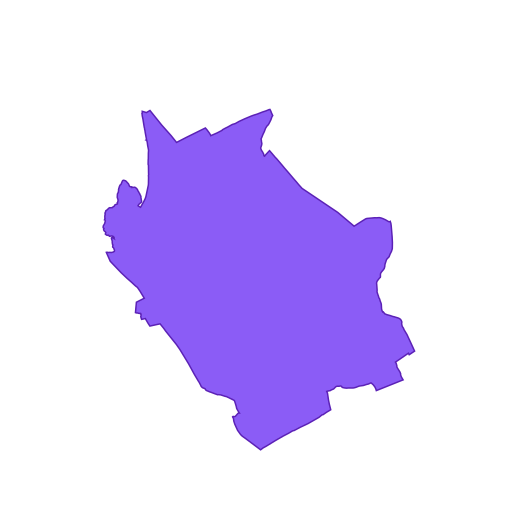 Romani, Neamt, Romania, rotated 328°
{"feature_id": "2599482B46958665010452", "entity_name": "Romani", "entity_type": "district", "adm_level": 2, "iso_a3": "ROU", "parent_name": "Romania", "parent_adm1": "Neamt", "projection": "natural_earth1", "projection_center": [26.711, 46.815], "detail": "fine", "context": "isolated", "style": "filled", "palette": "violet", "viewbox_px": 512, "rotation_deg": 328, "n_neighbors": 0, "source": "geoboundaries", "source_scale": "gbopen_adm2", "svg_char_len": 6114}
<svg xmlns="http://www.w3.org/2000/svg" viewBox="0 0 512 512"><g transform="rotate(328 256 256)"><path d="M340.1,420.7L341.5,409.9L342.0,405.7L342.4,402.7L342.5,396.7L342.5,396.4L342.7,396.0L342.8,395.3L342.7,393.9L342.8,393.1L343.0,392.2L343.7,390.5L344.4,389.7L344.6,389.4L344.8,389.0L345.0,387.8L345.0,386.3L344.7,385.6L344.1,384.4L343.4,383.5L342.3,382.3L341.2,381.0L339.9,379.7L338.4,377.8L335.9,375.1L334.6,373.3L334.3,370.8L333.8,370.7L333.9,369.2L334.4,367.5L336.6,363.5L337.0,362.4L337.6,359.4L338.0,358.2L338.1,357.6L338.1,356.3L338.6,354.9L338.8,353.8L339.5,350.9L339.9,350.1L340.6,349.2L342.3,346.0L343.3,344.1L343.8,343.0L344.6,342.1L345.3,341.6L346.5,341.1L349.2,340.1L350.1,340.0L350.7,339.3L351.6,337.8L352.4,336.8L353.8,336.1L356.9,335.1L358.2,334.5L359.7,333.1L360.4,332.1L361.2,331.2L364.2,328.7L364.7,328.3L365.6,327.9L368.4,327.2L370.8,325.4L373.3,323.9L375.4,322.1L376.8,320.0L378.8,316.9L381.7,311.7L386.7,302.0L387.8,299.5L387.9,298.7L388.2,297.8L387.6,297.8L387.0,297.4L386.6,297.0L385.0,293.9L383.4,291.5L382.2,290.0L380.9,288.8L380.2,288.4L378.3,287.4L377.0,286.5L369.9,282.9L368.6,282.6L361.9,282.6L355.0,282.7L348.4,262.3L330.9,223.1L330.0,218.0L329.6,215.0L328.8,209.9L327.6,201.8L326.7,196.2L326.2,192.2L326.0,191.0L325.0,184.2L324.6,182.6L324.3,180.3L324.1,179.2L324.0,178.3L323.3,173.8L317.8,175.3L316.4,175.8L316.2,175.9L315.9,175.4L315.9,175.1L316.0,174.8L316.3,174.1L316.5,173.7L316.7,171.4L316.7,169.0L317.1,167.1L317.3,166.8L319.7,164.8L320.4,163.9L320.7,163.5L321.1,162.2L321.6,161.3L322.4,159.3L323.3,158.8L326.3,156.6L329.0,154.9L331.7,152.8L334.2,151.6L336.0,151.2L337.5,150.4L340.8,148.4L343.4,146.3L344.6,145.8L345.0,142.6L345.3,141.3L345.5,139.1L345.2,139.0L344.8,138.8L341.3,138.2L337.7,137.3L332.3,136.3L328.5,135.3L326.1,134.8L319.4,133.7L313.1,132.9L308.6,132.7L305.7,131.9L299.9,131.6L298.2,131.4L295.2,131.2L294.4,131.2L294.1,131.4L293.2,131.4L288.2,131.0L281.4,130.0L281.6,129.1L281.6,127.0L281.3,123.1L280.9,120.6L259.9,118.5L248.8,117.6L247.8,109.0L245.4,94.9L243.2,76.4L239.1,76.3L236.2,73.0L235.3,74.4L235.0,74.7L234.8,74.7L234.6,75.2L233.7,77.1L232.7,79.9L231.8,82.0L229.4,87.7L229.3,88.3L229.1,88.7L228.7,89.5L228.3,90.8L227.6,92.3L226.8,94.3L224.8,99.4L224.4,99.4L224.2,99.4L224.6,100.0L224.5,100.3L224.2,101.5L222.7,104.8L221.2,108.7L220.7,109.7L219.3,111.6L216.1,116.6L215.6,117.2L213.2,120.9L213.0,121.3L212.9,122.0L208.7,128.9L208.1,130.1L207.8,130.3L207.3,130.9L206.7,132.1L203.0,137.8L202.1,139.0L194.1,147.3L192.5,148.6L190.1,150.1L183.9,153.5L182.6,151.1L182.6,150.9L182.7,150.7L183.9,150.2L185.2,149.9L186.9,149.7L187.4,149.5L187.9,149.0L188.2,148.5L188.7,147.0L189.0,146.5L189.4,145.3L189.9,144.7L190.1,143.6L190.2,143.3L190.1,142.1L190.4,141.6L190.4,141.0L190.3,140.4L190.3,139.9L190.5,139.4L190.4,138.0L190.7,136.7L190.5,135.6L190.5,135.3L190.0,134.0L189.6,133.4L187.0,132.1L187.3,131.5L186.1,130.7L186.0,130.4L185.7,129.9L186.1,127.2L186.0,126.6L185.7,125.3L185.6,124.3L185.4,123.6L185.2,123.1L184.3,122.0L183.9,121.6L183.2,121.4L182.9,121.4L182.0,121.9L179.6,123.6L179.3,123.8L178.3,123.8L176.8,124.8L176.4,125.3L175.6,125.8L174.4,127.1L174.0,127.9L173.4,128.4L173.0,129.1L172.3,129.4L172.1,129.4L171.6,129.8L171.3,130.0L169.4,132.7L168.7,135.5L167.2,137.1L166.5,137.3L166.3,138.2L166.1,138.4L163.8,137.9L163.1,138.0L162.2,138.6L161.8,138.7L160.9,138.5L160.0,138.9L158.2,138.0L157.5,137.5L156.8,137.4L154.0,138.0L152.7,138.0L152.2,138.4L152.0,138.8L151.1,139.2L150.8,139.5L150.5,139.9L150.6,140.1L150.5,140.4L150.1,140.6L150.0,141.0L149.1,141.8L148.7,142.4L148.3,143.2L148.1,143.4L147.9,143.7L147.8,144.3L147.5,144.4L146.7,145.0L147.0,145.3L146.8,146.4L144.8,148.3L142.5,149.5L141.7,150.4L141.4,151.0L141.5,151.5L141.7,152.0L141.0,152.5L140.7,153.0L140.6,153.6L140.6,154.5L140.9,155.3L141.1,155.9L141.1,156.4L141.0,156.6L140.1,157.3L139.8,157.7L140.5,159.3L140.9,159.7L141.5,159.9L142.0,160.3L142.1,160.7L142.1,161.6L144.2,162.5L145.1,163.4L145.5,164.7L145.4,165.4L145.0,165.6L144.9,166.1L144.5,165.3L143.8,164.2L143.1,164.0L142.6,164.6L142.3,166.0L142.0,167.1L141.2,168.4L140.5,170.0L140.5,170.8L139.3,172.2L139.2,172.7L139.5,173.5L139.5,174.1L139.2,175.0L139.2,175.7L138.7,176.7L138.3,177.0L137.0,177.0L135.0,176.3L134.1,175.5L132.8,174.9L131.6,173.8L131.0,173.6L129.6,183.3L132.8,198.8L134.8,206.5L136.6,212.5L137.6,216.3L138.1,218.0L138.6,219.2L138.8,219.9L139.0,224.7L138.9,229.7L138.9,231.7L138.9,232.6L130.1,231.8L123.8,240.1L124.0,240.3L124.1,240.6L124.5,241.0L124.9,241.2L125.3,241.5L125.9,242.2L126.6,242.9L127.5,243.3L127.8,243.7L127.4,244.3L127.4,245.1L126.3,246.2L126.1,246.4L126.0,246.9L125.8,247.4L125.4,249.1L129.0,250.4L128.8,256.0L128.9,259.2L138.7,262.7L139.4,268.4L139.6,271.9L141.6,288.9L141.9,295.2L141.7,311.7L141.0,323.7L140.8,332.3L140.9,333.1L140.7,334.4L140.7,335.1L140.6,336.1L140.4,337.6L140.7,338.9L141.0,339.6L142.4,341.4L142.4,342.8L142.6,343.7L144.2,345.9L144.4,346.3L145.6,347.7L147.1,349.7L149.8,353.2L151.0,353.9L152.5,355.1L155.5,358.7L156.4,359.5L160.6,366.2L161.0,367.0L161.0,367.4L160.6,369.2L159.6,372.9L158.8,375.1L158.6,379.5L158.7,380.4L157.9,380.0L157.3,379.9L153.6,381.0L152.7,380.9L152.1,380.3L151.5,379.9L151.2,379.9L150.9,380.0L150.8,381.7L150.5,382.5L149.7,384.2L148.9,387.3L148.0,394.1L148.1,395.6L148.3,398.9L148.5,400.1L148.9,401.6L150.6,405.7L157.2,422.8L160.6,422.5L163.4,422.7L174.5,422.8L183.4,423.1L189.8,423.6L194.6,423.7L195.7,424.2L202.9,424.7L211.3,425.7L224.0,426.2L227.8,425.7L228.8,426.1L233.0,425.9L237.9,426.0L239.7,420.4L241.1,416.7L243.9,410.3L244.2,408.3L246.2,408.9L247.6,409.5L249.0,409.5L251.4,409.9L254.2,409.2L254.9,409.2L255.7,409.4L257.5,410.5L258.6,410.9L259.1,411.3L259.4,411.9L259.4,412.7L259.9,413.6L261.4,415.0L262.7,416.0L264.8,417.1L267.9,419.1L269.1,419.7L271.0,420.3L274.2,420.9L275.1,421.2L278.4,422.7L282.0,423.6L283.3,424.1L286.1,424.5L286.3,424.7L286.6,425.1L286.8,426.2L287.1,426.9L287.3,428.5L287.4,430.2L287.2,432.1L286.7,433.9L315.1,439.0L315.2,435.6L315.6,433.6L316.3,432.4L316.6,430.5L316.6,425.4L316.8,424.5L317.3,423.7L318.0,421.3L318.0,419.9L333.7,419.2L333.6,420.9L340.1,420.7Z" fill="#8b5cf6" stroke="#5b21b6" stroke-width="1.5"/></g></svg>